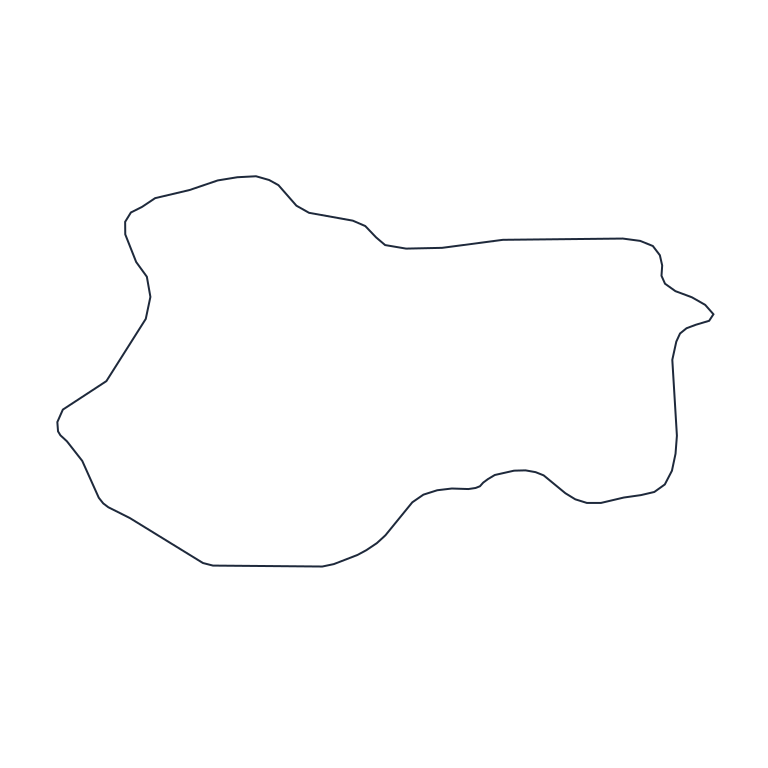 outline of Kuala Lumpur, rotated 275°
{"feature_id": "MYS-4831", "entity_name": "Kuala Lumpur", "entity_type": "Federal Territory", "adm_level": 1, "iso_a3": "MYS", "parent_name": "Malaysia", "parent_adm1": "", "projection": "robinson", "projection_center": [101.696, 3.13], "detail": "fine", "context": "isolated", "style": "outline", "palette": "slate", "viewbox_px": 768, "rotation_deg": 275, "n_neighbors": 0, "source": "natural_earth", "source_scale": "10m", "svg_char_len": 1191}
<svg xmlns="http://www.w3.org/2000/svg" viewBox="0 0 768 768"><g transform="rotate(275 384 384)"><path d="M317.6,61.9L330.5,66.3L362.7,107.2L428.1,141.0L450.4,143.7L470.2,138.4L483.9,126.5L510.5,113.2L523.0,112.0L532.8,116.9L539.4,127.6L549.2,139.8L560.3,173.4L572.3,200.6L577.2,219.9L579.8,238.4L577.2,251.8L572.9,261.5L554.0,281.2L548.0,294.4L544.0,338.7L539.7,351.6L529.4,363.3L522.5,373.0L520.8,394.2L524.7,430.0L538.0,489.9L549.7,609.2L548.9,626.7L544.9,639.8L536.3,647.6L526.3,650.8L516.0,651.0L508.4,655.2L501.9,666.2L497.2,683.2L490.8,697.1L482.2,706.1L475.3,702.4L470.2,689.5L465.9,680.5L460.1,674.5L451.7,671.5L433.2,669.1L358.0,680.3L339.9,680.5L322.7,678.4L308.4,672.5L300.0,662.7L295.7,649.6L291.8,632.8L284.4,610.4L283.2,596.5L285.8,584.6L291.0,574.2L306.9,551.0L309.4,542.7L310.3,532.5L309.0,521.1L303.0,502.3L298.3,495.8L294.4,491.4L290.5,488.5L288.4,484.3L286.7,477.2L285.8,460.7L282.8,446.3L277.2,432.9L268.6,422.5L233.4,398.6L224.9,390.8L217.0,381.0L211.4,372.5L200.2,349.7L196.8,338.5L188.2,229.4L189.9,219.2L228.3,142.5L237.2,120.1L240.6,114.7L245.8,109.8L281.1,90.1L299.3,73.1L304.7,66.1L308.4,63.4L317.6,61.9Z" fill="none" stroke="#1e293b" stroke-width="2"/></g></svg>